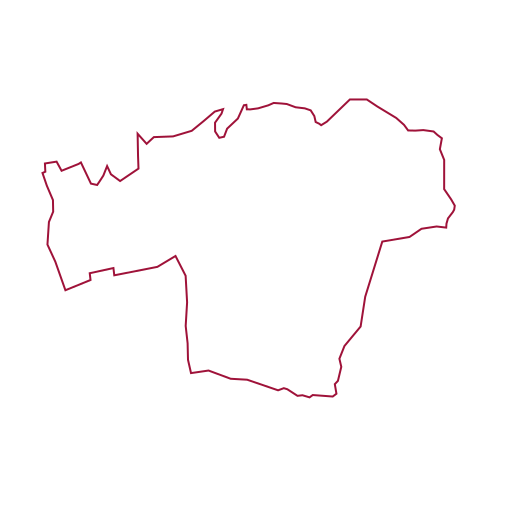 Zaаmin, Jizzakh, Uzbekistan, rotated 261°
{"feature_id": "79887680B19323950575966", "entity_name": "Zaаmin", "entity_type": "district", "adm_level": 2, "iso_a3": "UZB", "parent_name": "Uzbekistan", "parent_adm1": "Jizzakh", "projection": "albers", "projection_center": [68.428, 39.88], "detail": "fine", "context": "isolated", "style": "outline", "palette": "rose", "viewbox_px": 512, "rotation_deg": 261, "n_neighbors": 0, "source": "geoboundaries", "source_scale": "gbopen_adm2", "svg_char_len": 1494}
<svg xmlns="http://www.w3.org/2000/svg" viewBox="0 0 512 512"><g transform="rotate(261 256 256)"><path d="M368.1,123.0L359.3,117.8L354.2,113.2L351.0,110.2L353.3,104.3L375.8,97.7L374.7,95.2L370.6,77.3L380.4,73.8L380.4,62.0L372.2,61.1L371.4,58.1L358.2,60.4L343.0,64.2L331.5,62.6L322.0,56.8L299.9,51.8L281.8,56.9L252.0,62.4L258.2,88.8L265.0,89.1L266.4,113.3L259.1,113.0L260.7,156.9L268.6,176.5L247.5,183.4L221.0,180.7L197.9,175.6L180.5,174.8L164.1,172.6L150.5,173.5L150.3,191.2L138.7,211.8L135.2,227.9L119.9,256.8L121.1,262.8L119.5,266.1L111.4,275.1L111.2,280.1L108.0,286.8L109.8,290.3L105.2,309.8L107.4,313.9L117.1,313.8L119.9,317.4L133.2,322.9L141.5,322.3L153.3,329.3L170.0,348.3L198.7,357.5L250.5,383.0L250.8,410.6L257.0,423.7L256.9,439.0L254.3,448.3L258.2,449.2L263.1,451.5L268.6,457.3L270.8,459.0L274.6,460.2L281.4,457.6L292.6,452.3L321.5,456.9L332.7,454.3L343.2,458.0L347.2,454.1L351.2,450.9L354.2,440.9L354.9,433.1L356.2,425.9L362.4,422.7L370.4,416.1L384.7,399.2L393.3,389.9L395.9,373.2L377.6,347.0L375.0,340.8L376.7,339.2L379.0,335.9L385.1,335.5L391.3,332.8L394.2,327.3L396.7,318.4L401.3,310.2L402.6,305.2L404.4,297.4L402.9,291.7L401.5,281.1L401.7,273.3L402.3,269.9L406.8,270.1L406.8,267.6L394.6,259.6L386.3,247.4L378.8,243.1L378.5,238.2L385.4,235.1L394.1,236.4L402.0,244.2L406.2,246.4L405.1,237.9L397.4,225.3L389.7,212.1L387.1,192.8L389.4,173.7L383.9,165.5L395.3,158.2L373.7,155.2L360.7,153.6L351.3,133.5L359.4,125.5L368.1,123.0Z" fill="none" stroke="#9f1239" stroke-width="2"/></g></svg>